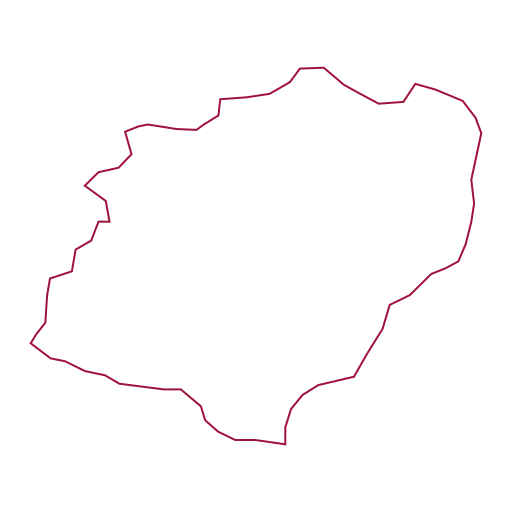 the district of Mora, Cyprus
{"feature_id": "46923920B52703620430879", "entity_name": "Mora", "entity_type": "district", "adm_level": 2, "iso_a3": "CYP", "parent_name": "Cyprus", "parent_adm1": "", "projection": "robinson", "projection_center": [33.534, 35.168], "detail": "fine", "context": "isolated", "style": "outline", "palette": "rose", "viewbox_px": 512, "rotation_deg": 0, "n_neighbors": 0, "source": "geoboundaries", "source_scale": "gbopen_adm2", "svg_char_len": 917}
<svg xmlns="http://www.w3.org/2000/svg" viewBox="0 0 512 512"><path d="M30.7,343.3L50.6,358.4L64.9,361.2L85.0,371.1L105.0,375.3L119.3,383.7L163.7,389.4L180.8,389.4L200.9,406.3L205.2,420.3L218.0,431.6L235.2,440.0L255.2,440.0L285.3,444.3L285.3,427.4L291.0,409.1L302.5,395.0L318.2,385.1L354.0,376.7L366.8,354.2L382.6,328.8L389.7,304.9L409.8,295.1L431.2,274.0L445.5,268.3L458.4,261.3L465.6,244.4L471.3,221.9L474.1,203.6L471.3,179.7L481.3,133.2L475.5,117.7L462.7,100.9L435.5,89.6L415.3,83.9L403.4,101.9L378.7,103.7L358.5,92.9L343.9,84.8L323.7,67.7L299.9,68.6L289.9,82.1L269.7,93.8L245.9,97.4L220.3,99.2L218.4,115.5L203.8,124.5L196.5,129.9L176.3,129.0L147.9,124.5L138.8,126.3L125.1,131.7L131.5,154.2L118.6,167.7L98.5,172.2L84.8,185.7L105.8,201.0L109.5,221.7L98.5,221.7L91.2,240.6L75.6,249.6L71.9,271.3L50.0,278.5L47.2,294.7L46.3,307.3L45.4,322.6L36.2,334.3L30.7,343.3Z" fill="none" stroke="#9f1239" stroke-width="2"/></svg>